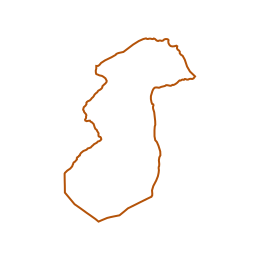 SVG path tracing the border of Paraguay, rotated 231°
{"feature_id": "PRY", "entity_name": "Paraguay", "entity_type": "country or territory", "adm_level": 0, "iso_a3": "PRY", "parent_name": "South America", "parent_adm1": "", "projection": "equal_earth", "projection_center": [-57.583, -23.42], "detail": "fine", "context": "isolated", "style": "outline", "palette": "amber", "viewbox_px": 256, "rotation_deg": 231, "n_neighbors": 0, "source": "natural_earth", "source_scale": "50m", "svg_char_len": 3150}
<svg xmlns="http://www.w3.org/2000/svg" viewBox="0 0 256 256"><g transform="rotate(231 128 128)"><path d="M132.8,57.6L133.1,59.2L133.3,60.5L133.9,61.3L134.4,62.5L135.0,63.2L135.4,64.2L135.2,65.5L135.5,67.1L135.7,68.5L136.0,68.8L136.8,69.2L137.2,70.4L136.9,71.1L137.0,71.8L137.3,72.5L137.0,73.2L137.2,73.7L137.7,74.2L138.2,75.9L138.2,78.9L137.7,80.5L137.3,81.8L137.2,82.6L137.5,83.7L136.9,85.1L136.3,86.8L136.5,87.9L136.6,89.0L136.6,90.2L136.8,91.3L136.6,92.4L136.4,93.4L136.2,94.6L136.5,95.9L136.0,97.1L135.8,98.0L135.7,98.9L136.1,100.2L137.4,100.8L138.4,100.9L139.3,100.2L140.0,100.0L141.3,100.7L142.4,101.8L143.9,102.0L145.3,102.2L146.3,102.5L147.8,102.1L149.4,102.5L151.2,103.2L152.7,103.8L154.2,103.6L155.3,103.5L156.5,102.9L157.7,103.0L158.5,101.8L159.0,100.8L159.4,100.1L160.7,99.5L161.5,99.9L162.2,101.7L163.5,102.8L164.0,103.6L164.9,104.0L166.9,104.0L168.1,104.0L169.5,104.6L170.4,104.6L171.2,105.6L172.0,106.8L172.1,109.0L172.7,110.8L173.7,111.4L174.1,112.5L174.0,114.0L173.5,115.5L173.6,117.2L174.0,118.7L174.0,120.2L174.4,121.7L175.0,123.0L175.2,125.1L175.1,126.6L175.5,127.4L175.7,128.7L175.4,129.7L175.3,131.0L175.3,132.2L175.6,133.3L176.6,134.5L176.8,136.8L176.8,138.4L177.3,140.3L178.0,141.1L179.3,141.4L180.8,141.7L182.6,141.3L184.3,140.8L185.2,140.3L186.9,138.9L188.5,138.1L189.3,137.6L190.1,137.3L191.6,138.1L193.0,139.2L194.1,140.7L196.2,142.4L195.8,142.8L195.0,144.1L195.0,145.7L195.5,148.0L195.0,152.8L193.3,160.1L192.6,164.4L192.9,165.6L192.3,167.7L190.0,172.3L189.9,175.4L189.6,184.6L188.8,191.1L187.5,195.9L186.3,198.4L185.3,198.8L184.6,199.5L184.1,200.7L183.3,201.7L182.1,202.6L181.4,203.4L181.3,204.4L180.2,205.0L178.0,205.3L176.7,206.1L176.3,207.3L175.5,208.3L174.4,209.1L173.9,210.3L174.0,212.0L173.3,213.5L172.0,214.7L170.8,214.8L169.7,213.6L168.3,212.8L166.4,212.5L164.9,212.7L163.6,213.7L162.5,215.2L161.5,217.4L160.5,217.7L159.3,216.3L157.8,215.9L156.0,216.4L154.6,216.2L153.6,215.3L151.9,215.2L149.7,215.9L145.3,215.1L138.6,212.6L132.9,211.7L125.9,212.6L125.3,210.1L125.7,208.7L126.8,207.7L127.5,206.5L127.8,205.2L128.6,204.2L129.8,203.5L130.4,202.8L130.2,202.1L130.5,201.5L131.2,201.0L131.6,200.1L131.7,199.0L132.0,198.4L132.5,198.0L132.5,197.2L132.2,194.7L132.3,192.6L132.6,191.1L133.0,190.1L133.4,189.9L133.6,189.3L133.7,188.3L134.2,187.4L136.4,185.6L137.3,184.6L137.3,183.7L137.7,182.5L139.0,179.8L139.4,178.6L139.5,178.0L139.9,177.3L141.5,175.8L142.4,174.5L142.5,173.2L142.1,171.7L141.2,170.0L138.4,165.9L136.1,164.0L133.3,162.5L131.4,161.9L130.5,162.5L129.6,162.1L128.7,160.7L127.1,159.6L123.8,158.3L116.3,153.5L113.3,151.2L112.3,149.7L109.5,147.1L104.9,143.4L101.4,141.5L98.9,141.6L95.0,140.5L89.5,138.3L86.4,136.0L85.5,133.9L83.5,131.7L80.3,129.6L78.7,128.1L78.5,127.5L77.6,126.6L75.8,125.5L73.9,123.6L71.7,120.9L69.4,116.8L67.0,111.2L64.4,107.4L61.6,105.5L60.2,104.2L60.2,103.5L59.8,102.9L60.1,101.9L61.1,97.6L62.5,91.4L63.9,85.0L65.6,77.4L65.5,72.0L65.5,66.4L68.0,61.7L69.7,58.4L71.2,55.2L72.8,49.8L73.8,46.2L77.8,45.4L84.6,43.5L88.0,42.5L95.1,40.6L102.4,38.5L110.1,38.4L117.5,38.3L123.2,42.8L127.6,46.2L132.4,50.0L132.8,50.8L133.1,54.0L132.8,57.6Z" fill="none" stroke="#b45309" stroke-width="2"/></g></svg>